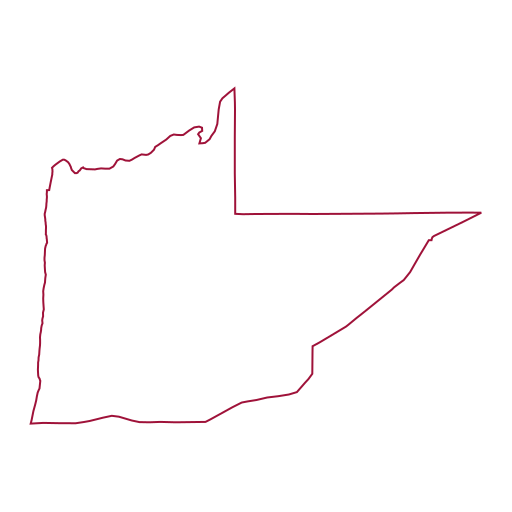 outline of Saint Louis, Saint-Louis, Senegal
{"feature_id": "50182788B94115130730188", "entity_name": "Saint Louis", "entity_type": "district", "adm_level": 2, "iso_a3": "SEN", "parent_name": "Senegal", "parent_adm1": "Saint-Louis", "projection": "mercator", "projection_center": [-16.417, 15.987], "detail": "fine", "context": "isolated", "style": "outline", "palette": "rose", "viewbox_px": 512, "rotation_deg": 0, "n_neighbors": 0, "source": "geoboundaries", "source_scale": "gbopen_adm2", "svg_char_len": 3126}
<svg xmlns="http://www.w3.org/2000/svg" viewBox="0 0 512 512"><path d="M83.1,167.4L81.2,168.4L79.7,170.5L78.6,171.2L77.6,172.7L76.6,173.1L74.9,173.1L71.8,170.0L71.4,168.8L71.1,168.1L70.8,166.9L70.2,165.7L69.4,164.0L68.8,163.2L68.2,162.3L66.1,160.7L65.3,160.2L64.2,159.7L62.8,159.7L59.9,161.4L57.3,163.3L55.4,164.7L53.5,166.3L52.0,167.8L52.4,169.2L52.4,169.9L52.5,171.4L52.3,173.3L52.3,174.4L50.7,182.2L50.0,185.8L49.4,189.0L49.2,190.1L46.9,190.2L46.9,192.1L46.7,194.1L46.9,196.2L46.9,197.7L46.7,199.8L46.7,201.2L46.4,203.7L46.3,205.8L46.1,207.6L45.5,210.2L45.2,211.8L44.7,213.8L44.7,215.2L45.1,217.8L45.3,219.5L45.3,220.8L45.6,222.4L45.7,224.2L46.0,226.1L46.0,228.1L45.9,230.0L45.9,231.3L45.9,232.9L45.8,234.4L46.3,235.3L46.6,237.0L46.6,238.2L46.8,238.9L46.9,240.2L46.9,240.5L47.0,241.1L47.0,241.3L47.1,242.8L46.5,243.7L46.2,244.8L45.7,245.9L45.1,248.5L45.0,250.1L44.9,252.6L44.8,255.0L44.5,257.8L44.5,260.2L44.9,262.7L44.7,265.3L44.9,268.9L45.1,272.0L45.8,274.7L45.3,278.0L45.1,280.6L45.0,282.5L44.3,285.0L43.6,288.4L43.2,291.2L43.4,294.7L43.2,298.3L43.3,302.0L43.5,305.1L43.8,309.4L43.0,312.7L43.1,316.3L42.5,318.4L42.2,320.3L42.5,323.3L41.7,325.5L41.2,328.1L41.1,330.0L40.8,332.0L40.3,334.3L40.0,337.3L40.1,340.0L40.1,342.9L40.0,345.3L39.6,348.7L39.4,351.1L39.2,354.5L38.6,357.4L38.5,360.2L38.1,362.6L38.1,364.8L38.0,367.6L37.9,369.5L38.0,371.9L38.2,375.4L38.5,377.0L39.6,378.7L40.0,380.2L40.3,380.8L39.5,388.5L38.7,390.1L37.7,392.5L36.9,396.2L36.2,400.4L35.1,404.9L33.4,411.1L31.6,420.1L30.7,423.6L43.4,422.9L59.9,423.2L68.2,423.2L75.4,423.3L84.0,422.0L89.6,421.0L96.5,419.3L102.9,417.7L111.8,415.8L118.9,416.7L131.8,420.5L139.4,422.1L149.5,422.3L160.2,421.9L175.6,422.3L205.5,421.9L206.5,421.4L210.4,419.4L232.5,407.2L241.2,402.8L241.9,402.5L247.7,401.4L256.5,400.0L267.2,397.5L278.2,396.2L288.9,394.5L296.9,392.1L304.9,382.9L308.4,379.1L312.3,373.8L312.5,352.4L312.6,346.2L319.6,342.4L326.3,338.4L346.0,326.6L348.3,324.8L356.4,318.1L362.0,313.7L368.6,308.4L391.8,289.6L394.0,287.4L399.6,283.1L403.8,280.0L410.1,272.1L414.5,264.4L420.2,254.5L424.2,247.9L428.8,240.2L429.0,240.2L430.6,240.2L431.5,240.2L431.9,238.4L432.5,237.1L434.0,236.0L463.6,221.6L481.3,212.7L470.0,212.6L445.6,212.7L429.3,212.9L413.1,213.1L396.9,213.4L380.7,213.6L363.7,213.7L346.6,213.8L329.6,213.9L312.6,214.0L299.6,213.9L279.2,213.9L255.5,214.0L243.1,214.2L236.5,213.9L235.2,213.8L235.2,198.0L234.8,173.4L234.8,161.3L234.8,149.2L234.8,137.2L235.0,109.8L234.9,102.5L234.4,88.4L228.9,92.7L222.4,98.3L220.1,101.7L218.7,109.4L217.3,124.0L214.8,131.3L211.4,135.9L209.6,139.2L205.2,142.8L202.8,143.2L199.4,143.4L200.9,138.2L198.1,134.2L199.3,132.5L202.2,130.9L202.0,127.7L199.1,126.6L194.2,127.4L189.2,130.5L184.8,133.8L183.3,134.9L181.0,135.1L176.8,134.9L173.8,134.5L170.3,135.9L166.2,139.6L160.5,143.4L158.1,145.1L155.2,146.9L154.0,149.7L150.9,152.8L148.2,154.5L146.1,154.9L141.6,154.4L139.4,155.4L134.7,157.9L131.8,159.7L129.4,160.8L125.5,160.5L122.5,159.3L119.9,159.0L117.1,160.6L115.1,164.0L113.3,166.5L109.4,168.7L105.7,168.7L101.1,168.4L97.4,168.9L95.0,169.4L86.5,169.1L83.6,168.1L83.1,167.4Z" fill="none" stroke="#9f1239" stroke-width="2"/></svg>